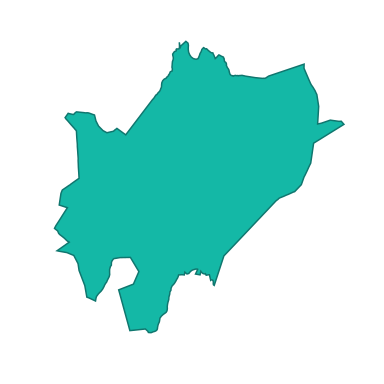 El Bosque, Chiapas, Mexico (Equal Earth projection), rotated 10°
{"feature_id": "50627088B31014849406077", "entity_name": "El Bosque", "entity_type": "district", "adm_level": 2, "iso_a3": "MEX", "parent_name": "Mexico", "parent_adm1": "Chiapas", "projection": "equal_earth", "projection_center": [-92.753, 17.025], "detail": "fine", "context": "isolated", "style": "filled", "palette": "teal", "viewbox_px": 384, "rotation_deg": 10, "n_neighbors": 0, "source": "geoboundaries", "source_scale": "gbopen_adm2", "svg_char_len": 5391}
<svg xmlns="http://www.w3.org/2000/svg" viewBox="0 0 384 384"><g transform="rotate(10 192 192)"><path d="M329.9,99.0L326.7,96.4L326.2,96.5L324.5,96.9L322.0,97.0L316.1,97.2L315.7,97.2L315.0,97.6L307.4,101.8L303.9,103.2L301.9,85.7L298.0,74.3L297.7,73.9L296.8,72.7L295.6,70.9L293.0,67.9L290.8,65.7L289.8,64.4L287.2,60.5L280.8,50.7L280.2,46.6L247.4,64.5L244.4,67.3L241.2,67.9L234.7,68.4L224.8,68.6L224.3,68.6L222.9,68.5L222.4,68.5L222.0,68.5L221.5,68.4L221.0,68.5L220.6,68.6L220.1,68.6L219.7,68.8L219.4,68.9L219.0,69.0L218.3,69.1L217.7,69.5L217.4,69.5L217.2,69.5L217.1,69.4L216.8,69.5L216.6,69.4L216.3,69.5L216.0,69.6L215.5,69.7L215.3,69.7L215.1,69.7L214.8,69.7L214.6,69.6L214.2,69.7L213.8,69.9L213.6,70.0L213.3,70.2L213.0,70.4L212.7,70.7L212.4,70.8L212.2,70.4L211.9,70.4L211.6,70.4L211.3,70.5L210.9,70.5L210.7,70.4L210.4,70.4L210.0,70.2L209.9,70.1L209.5,69.9L209.0,69.3L208.8,69.2L208.6,68.8L208.3,68.1L208.1,67.8L207.9,67.3L207.6,66.5L207.3,65.8L207.0,65.2L206.7,64.8L206.3,64.4L206.0,64.1L205.6,63.7L205.0,63.1L204.5,62.2L203.9,61.5L203.9,60.9L203.8,60.5L203.7,59.9L203.4,59.4L203.3,59.2L203.0,59.0L202.9,58.6L202.6,58.4L202.4,58.3L201.9,58.2L201.7,58.0L201.4,57.8L201.1,57.3L201.0,56.5L200.6,55.8L200.5,55.2L200.3,55.2L200.0,54.7L199.9,54.3L199.7,53.9L199.5,53.7L199.2,53.7L198.9,53.5L198.6,53.4L198.3,53.4L197.4,53.2L196.5,52.8L195.8,52.6L195.4,52.5L195.0,52.4L194.7,52.3L194.5,52.5L194.2,52.9L194.0,53.2L193.9,53.5L193.7,53.7L193.6,53.8L193.5,54.1L193.3,54.4L193.2,54.5L192.9,55.0L192.5,55.5L192.1,56.1L192.0,56.3L191.7,56.6L191.3,55.8L190.7,54.9L189.8,53.5L189.5,53.1L188.6,51.9L188.5,51.7L188.4,51.4L188.1,51.4L187.3,51.5L186.6,51.4L185.9,51.2L185.5,50.9L185.1,50.6L183.6,49.9L182.1,48.8L181.4,48.4L181.1,48.5L180.7,48.7L180.2,48.7L179.7,48.4L178.7,47.9L178.3,47.8L177.0,49.8L176.6,52.3L175.9,54.1L175.5,56.9L174.8,59.6L173.0,60.6L170.2,60.4L167.8,59.2L166.0,57.4L164.4,54.9L163.6,52.4L163.2,50.1L163.0,48.2L162.2,46.1L159.8,44.7L155.6,50.1L155.2,52.8L155.1,51.2L153.5,46.8L154.3,50.3L154.5,51.8L154.4,53.1L154.1,53.4L151.9,53.8L151.6,54.4L152.0,55.3L151.8,55.9L151.1,56.3L150.7,56.5L150.2,57.0L149.0,59.6L149.3,60.4L149.4,61.0L149.6,61.3L149.8,61.8L150.1,62.5L150.2,62.9L150.4,63.6L150.4,65.3L150.1,66.8L150.2,68.5L150.4,70.3L150.6,72.6L151.3,74.2L151.4,76.3L149.8,77.3L149.4,78.9L149.2,79.8L148.6,80.8L148.7,81.2L148.5,81.6L148.2,82.1L147.9,82.5L147.4,83.0L147.1,83.7L147.0,84.2L146.5,84.5L146.3,84.8L145.8,85.1L145.0,85.7L144.4,86.6L143.9,87.4L143.7,88.0L143.3,89.8L143.4,91.4L143.7,93.9L143.5,94.9L143.2,96.0L143.1,97.0L142.8,98.0L142.3,98.9L142.0,99.3L141.2,100.5L140.5,102.1L140.0,102.4L139.5,103.0L138.2,106.1L136.9,108.2L116.8,147.2L107.0,142.4L105.8,143.8L105.5,144.0L104.1,145.8L101.0,147.1L97.9,148.4L93.7,147.0L91.3,145.3L88.5,143.3L85.0,138.6L83.8,135.8L82.6,133.1L82.1,133.0L81.3,132.9L80.6,132.8L78.9,132.5L77.3,132.2L75.9,132.1L75.0,132.2L73.3,132.6L71.9,132.6L65.0,133.1L64.2,133.2L62.8,134.8L62.2,135.9L62.0,136.0L61.6,136.3L58.7,136.2L57.2,136.1L56.4,136.0L54.1,140.8L55.5,142.2L56.8,143.1L61.4,146.9L62.7,147.9L63.8,148.8L65.0,149.7L66.2,150.8L67.4,151.6L67.9,153.3L68.3,155.1L68.7,156.8L69.1,158.5L70.0,162.0L70.5,163.8L70.9,165.5L71.2,167.2L72.1,170.7L74.1,178.8L74.4,180.9L74.5,181.3L74.6,181.8L74.9,183.1L75.0,183.5L75.8,187.3L77.3,193.4L78.4,198.1L75.2,201.3L71.1,205.5L70.7,206.1L69.5,207.1L68.4,208.2L67.3,209.3L64.0,212.5L63.7,213.5L63.2,216.1L63.5,227.9L72.0,229.1L68.5,237.5L66.5,242.4L64.3,247.6L63.8,248.8L62.9,251.7L63.9,252.3L65.1,252.9L66.5,253.7L67.8,255.8L69.0,256.8L71.7,258.2L74.4,259.7L76.4,261.1L77.2,261.6L78.0,262.1L78.7,262.2L79.2,262.4L79.8,262.7L74.3,268.3L74.2,268.4L69.3,273.3L71.7,273.4L79.4,273.4L86.6,275.0L92.2,282.3L94.4,288.9L102.7,302.8L106.7,313.8L108.9,314.2L115.9,316.1L115.9,314.3L115.9,312.9L116.1,311.5L116.6,310.4L117.5,308.6L118.5,307.1L119.6,305.6L120.8,303.3L121.7,300.6L122.2,298.5L122.9,296.8L123.6,295.4L123.9,293.9L124.5,291.9L125.1,289.9L125.3,287.7L124.9,286.0L124.5,283.8L124.3,282.4L124.6,279.6L125.3,278.1L125.0,276.2L124.9,275.3L125.2,273.7L125.7,272.7L126.0,272.0L126.6,271.2L132.5,269.1L141.7,267.3L142.7,267.1L153.5,279.6L150.3,292.9L136.8,301.1L138.9,305.5L154.9,339.3L169.9,335.0L172.8,336.9L173.4,337.9L175.1,337.8L176.5,337.5L177.7,336.6L179.2,335.9L180.5,335.1L181.5,333.8L181.7,332.6L181.6,331.6L181.6,329.4L181.8,327.9L182.4,325.5L182.4,323.4L182.3,321.9L183.3,319.7L184.9,317.6L186.2,316.3L187.4,315.0L188.0,313.4L188.0,311.3L187.5,308.9L187.4,306.4L187.5,304.4L187.8,302.0L187.5,299.5L187.8,296.6L187.6,294.2L188.3,292.5L188.1,290.3L188.7,288.0L189.7,286.5L190.5,285.2L191.5,282.7L192.0,281.0L192.7,279.3L193.1,277.5L193.2,276.0L196.4,275.2L198.8,275.0L198.9,272.2L199.6,272.7L201.3,273.6L203.0,272.8L203.8,271.3L204.9,269.8L206.1,268.7L207.1,268.2L208.9,267.3L210.5,267.0L211.0,267.1L211.0,267.3L209.7,272.2L214.3,272.2L214.5,268.6L215.3,269.4L216.8,270.3L218.0,270.5L218.9,270.5L219.4,270.1L220.2,271.2L220.4,271.5L221.5,271.1L222.4,270.7L223.5,270.5L225.7,275.6L226.0,275.1L227.9,275.3L228.6,276.8L228.9,278.9L229.3,279.7L230.1,280.1L234.5,249.4L239.4,242.0L245.1,233.4L276.3,186.1L277.2,185.1L278.0,184.3L278.2,183.9L278.7,183.2L279.4,182.6L283.1,180.3L285.7,178.5L287.1,177.7L291.9,174.4L292.0,174.3L293.0,173.9L295.2,170.6L298.4,165.8L299.7,157.9L300.5,155.4L301.8,150.7L302.6,147.5L303.2,145.3L303.9,143.0L303.3,122.8L329.9,99.0Z" fill="#14b8a6" stroke="#0f766e" stroke-width="1.5"/></g></svg>